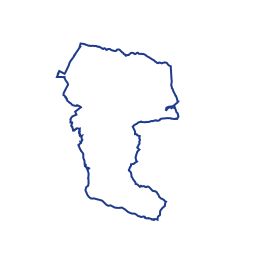 Codlea, Brasov, Romania (orthographic projection), rotated 248°
{"feature_id": "2599482B67290406557630", "entity_name": "Codlea", "entity_type": "district", "adm_level": 2, "iso_a3": "ROU", "parent_name": "Romania", "parent_adm1": "Brasov", "projection": "orthographic", "projection_center": [25.433, 45.714], "detail": "fine", "context": "isolated", "style": "outline", "palette": "blue", "viewbox_px": 256, "rotation_deg": 248, "n_neighbors": 0, "source": "geoboundaries", "source_scale": "gbopen_adm2", "svg_char_len": 5829}
<svg xmlns="http://www.w3.org/2000/svg" viewBox="0 0 256 256"><g transform="rotate(248 128 128)"><path d="M169.1,190.8L170.9,189.2L172.6,188.6L173.1,188.6L173.5,188.5L174.6,187.5L174.8,187.0L175.1,186.6L175.0,185.9L175.2,185.4L175.4,184.7L175.3,183.5L176.4,182.5L176.9,181.7L177.0,181.1L176.7,180.6L177.3,179.5L178.2,178.9L178.8,178.7L179.3,178.2L181.7,177.0L182.2,176.4L185.5,174.1L187.8,172.2L189.0,171.7L190.4,170.5L191.0,169.7L191.2,168.9L191.7,168.4L191.9,167.6L192.7,166.0L192.9,165.7L193.7,165.6L194.3,164.9L194.3,164.4L193.8,162.7L193.9,162.2L194.7,161.5L195.4,161.2L196.4,159.5L196.5,159.1L196.3,158.3L196.0,157.6L195.8,156.7L195.4,156.0L195.6,155.1L196.1,154.3L196.1,153.8L195.8,153.1L196.3,152.8L196.8,152.9L197.2,152.8L198.0,151.9L199.6,151.6L200.4,150.8L200.6,150.8L203.5,149.6L204.1,149.1L204.6,148.0L204.7,147.4L204.7,147.1L204.2,146.4L204.0,145.5L204.1,145.1L205.2,143.3L206.5,141.8L207.0,141.3L207.9,140.9L208.2,140.5L208.7,139.0L208.4,138.2L208.5,137.2L209.7,136.9L210.6,136.3L210.7,136.1L210.8,135.3L210.5,134.8L210.6,134.5L211.0,134.0L211.6,133.8L212.5,133.0L213.9,132.1L214.1,131.3L214.4,131.2L214.8,130.7L214.8,130.3L214.9,130.0L215.9,129.3L216.2,128.8L216.5,127.6L217.4,126.3L218.1,123.9L218.9,123.1L219.0,122.3L220.5,120.8L221.5,119.5L222.0,119.3L224.1,115.7L221.5,113.7L221.2,114.1L216.0,106.2L215.8,105.9L215.7,106.1L214.7,104.8L211.2,99.2L209.2,97.2L208.5,96.8L202.9,90.7L202.0,89.5L206.6,85.6L204.8,83.6L204.6,83.9L201.9,81.2L199.0,88.3L198.0,87.8L197.1,88.0L195.6,88.0L192.8,88.8L190.6,88.7L188.2,85.7L184.8,81.8L184.4,81.4L182.7,80.5L182.4,80.8L181.1,81.5L180.0,81.9L179.9,81.5L178.0,82.2L177.9,81.8L175.6,82.1L174.3,83.0L173.7,83.1L172.1,84.3L170.5,84.8L169.9,85.3L168.7,86.8L167.9,88.3L168.2,88.8L167.6,89.5L167.8,89.9L165.3,92.0L164.8,92.1L164.6,91.3L164.5,90.7L162.9,85.1L159.7,85.2L159.6,81.0L159.5,80.6L158.6,79.0L157.8,78.1L157.7,78.2L154.7,76.7L154.4,77.2L154.3,77.7L154.2,77.8L154.2,78.2L153.9,78.3L153.4,78.0L152.1,76.8L151.8,76.7L151.6,76.3L151.4,76.2L150.8,76.2L150.1,76.7L149.6,76.5L149.3,76.7L148.7,76.5L147.7,76.5L146.2,76.1L145.8,76.8L145.9,77.6L146.1,77.7L146.0,77.8L146.5,78.8L146.4,79.5L146.9,80.0L146.9,80.3L146.5,81.2L145.6,82.3L145.5,83.1L144.1,82.3L143.0,81.2L142.5,81.0L142.4,81.7L141.8,81.3L141.3,80.8L141.1,80.7L140.2,81.3L139.1,80.4L138.1,80.6L138.0,80.8L138.0,81.0L138.2,81.5L138.1,82.5L137.6,81.9L136.8,81.4L134.8,81.0L134.2,80.6L133.9,81.0L133.3,80.3L133.3,80.1L132.4,79.2L132.7,78.8L131.8,78.9L131.7,78.8L131.4,77.1L130.8,76.6L130.7,75.6L125.9,75.7L125.0,76.0L124.5,75.9L124.1,75.9L122.7,76.5L121.2,76.8L120.6,76.8L117.8,75.6L116.2,75.3L114.1,75.4L109.8,74.0L108.8,73.8L108.7,74.0L110.1,74.9L110.0,75.0L109.6,75.1L108.0,74.3L107.3,74.4L106.8,74.7L106.1,74.7L106.2,75.2L106.5,75.4L105.8,76.2L105.7,76.6L105.1,76.8L104.9,76.2L105.1,74.9L104.8,74.7L103.5,74.8L100.3,74.4L98.2,73.3L96.8,72.7L96.4,72.1L95.8,72.2L95.2,72.1L91.2,70.6L89.4,69.3L89.1,68.5L89.0,67.6L88.8,67.2L87.8,66.3L86.3,65.3L85.8,65.2L81.0,65.3L80.3,65.5L78.8,65.9L76.7,67.1L75.8,68.7L75.6,69.9L73.7,72.3L71.9,74.9L70.2,76.9L64.9,79.2L63.3,80.5L62.9,82.5L62.6,83.0L59.1,86.0L57.6,88.9L56.9,90.8L56.8,91.7L56.5,92.5L53.7,94.7L50.6,96.3L49.5,97.1L47.1,99.7L46.1,102.1L44.3,103.5L43.1,104.1L42.4,104.6L42.0,105.1L41.8,105.7L40.6,106.7L40.1,109.3L39.4,110.3L38.5,110.0L37.2,111.4L36.9,113.0L36.6,113.0L36.4,113.7L34.9,115.6L34.1,115.9L33.9,116.5L33.2,117.4L33.5,117.5L33.9,117.1L34.0,117.2L33.5,118.7L32.7,120.3L31.9,121.0L34.3,122.3L35.0,123.6L35.1,124.7L36.0,125.4L38.2,126.3L39.4,127.2L40.9,129.9L42.1,133.2L42.9,133.4L43.8,134.0L45.0,134.9L45.4,135.6L46.0,135.1L46.6,134.7L47.9,134.3L49.5,133.1L50.1,132.3L52.5,131.1L53.5,131.2L55.2,131.1L56.2,130.7L57.3,130.7L59.0,129.8L59.1,129.5L60.5,127.3L65.2,125.5L66.2,124.6L66.5,123.9L66.3,123.1L66.5,122.5L66.9,121.9L67.8,121.4L68.3,120.5L68.6,119.0L69.6,118.3L69.0,117.0L72.1,115.6L73.3,114.1L74.7,114.5L75.5,114.4L76.1,114.1L79.1,113.4L80.5,113.4L81.6,113.0L82.9,113.5L85.5,114.0L86.9,113.7L88.0,113.0L88.9,113.1L89.1,113.6L90.9,115.1L91.2,115.9L92.0,116.7L93.2,117.2L92.6,120.0L93.0,120.8L93.4,122.7L93.5,123.8L94.8,123.4L98.0,124.0L98.9,124.9L100.5,125.9L101.8,127.3L102.0,127.3L102.6,127.8L103.7,130.4L104.1,130.1L105.5,129.8L105.9,129.4L106.4,129.3L107.0,129.8L107.6,130.9L108.4,131.5L109.1,132.8L111.1,133.3L111.9,134.2L112.7,134.7L113.5,134.7L114.2,134.5L116.1,135.9L117.1,134.5L117.8,134.1L117.9,133.8L118.7,133.8L119.1,133.4L119.5,132.8L119.7,132.2L121.7,133.1L123.0,133.2L127.4,132.9L127.4,133.1L127.7,133.4L128.1,134.6L128.4,134.9L128.6,137.6L129.0,138.8L129.2,139.2L129.2,140.7L129.0,141.6L129.1,142.3L128.8,142.3L128.6,142.7L127.0,145.8L126.8,147.2L126.4,147.7L126.0,149.2L125.8,149.6L125.7,152.1L125.5,152.8L125.1,153.4L125.1,154.5L124.7,156.1L124.9,156.3L124.6,156.9L123.6,158.0L123.6,159.0L123.4,159.4L123.4,160.0L123.7,160.9L124.2,161.4L124.1,162.5L122.6,167.5L122.6,167.8L121.0,171.3L120.5,171.5L120.1,172.5L119.2,173.9L119.0,174.2L118.8,175.5L118.6,175.5L118.4,176.2L118.1,176.7L118.0,177.0L118.9,177.7L119.1,178.4L120.0,179.2L120.3,179.1L121.4,179.2L122.0,179.5L123.4,179.4L124.2,178.9L124.6,178.9L128.9,179.1L129.3,178.4L130.4,179.1L130.8,178.7L131.0,178.3L131.0,176.6L130.6,176.4L130.6,176.0L130.2,176.1L130.1,175.6L131.3,175.3L131.7,174.5L131.8,173.6L132.1,173.3L131.8,172.8L131.3,172.7L131.3,171.9L130.5,170.6L130.1,170.3L130.2,169.8L130.0,169.4L131.5,170.7L131.8,171.3L132.3,171.2L132.4,171.3L132.4,171.6L132.3,172.0L132.5,172.9L132.5,173.5L132.4,173.9L132.1,174.6L132.1,175.1L132.0,175.3L131.8,175.9L131.6,176.1L131.4,178.2L131.7,178.7L131.8,179.6L132.7,181.9L132.9,183.1L133.8,184.5L134.2,183.9L136.9,184.4L139.7,184.5L139.9,184.2L141.4,184.1L142.2,184.1L145.6,183.8L147.3,184.0L148.7,183.6L149.9,184.1L151.3,184.0L155.0,186.1L156.9,186.6L167.3,190.1L167.5,190.1L169.1,190.8Z" fill="none" stroke="#1e3a8a" stroke-width="2"/></g></svg>